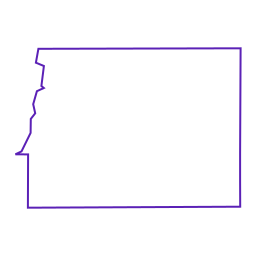 Franklin, Illinois, United States of America (Albers equal-area conic projection)
{"feature_id": "52423323B64062958317973", "entity_name": "Franklin", "entity_type": "district", "adm_level": 2, "iso_a3": "USA", "parent_name": "United States of America", "parent_adm1": "Illinois", "projection": "albers", "projection_center": [-89.026, 37.994], "detail": "fine", "context": "isolated", "style": "outline", "palette": "violet", "viewbox_px": 256, "rotation_deg": 0, "n_neighbors": 0, "source": "geoboundaries", "source_scale": "gbopen_adm2", "svg_char_len": 334}
<svg xmlns="http://www.w3.org/2000/svg" viewBox="0 0 256 256"><path d="M240.1,180.4L240.1,153.6L240.6,48.3L38.4,48.8L35.9,62.7L43.9,66.0L41.4,86.0L43.8,88.0L36.9,91.2L33.2,104.2L35.2,113.3L30.8,118.9L30.6,132.9L21.5,151.4L15.4,154.3L28.1,154.4L27.9,207.7L240.2,206.7L240.1,180.4Z" fill="none" stroke="#5b21b6" stroke-width="2"/></svg>